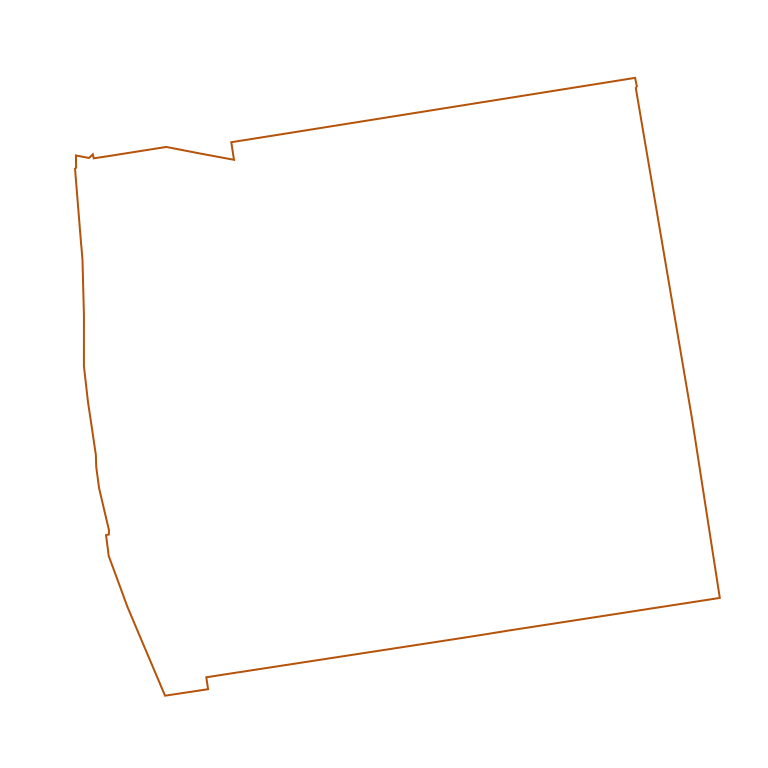 outline of Palm Beach, Florida, United States of America, rotated 171°
{"feature_id": "52423323B70070544976743", "entity_name": "Palm Beach", "entity_type": "district", "adm_level": 2, "iso_a3": "USA", "parent_name": "United States of America", "parent_adm1": "Florida", "projection": "natural_earth1", "projection_center": [-80.218, 26.646], "detail": "fine", "context": "isolated", "style": "outline", "palette": "amber", "viewbox_px": 768, "rotation_deg": 171, "n_neighbors": 0, "source": "geoboundaries", "source_scale": "gbopen_adm2", "svg_char_len": 736}
<svg xmlns="http://www.w3.org/2000/svg" viewBox="0 0 768 768"><g transform="rotate(171 384 384)"><path d="M88.1,647.1L496.7,646.7L497.0,646.7L497.1,628.9L530.1,640.6L562.0,652.2L585.7,652.2L585.8,652.2L586.0,652.2L620.8,652.2L635.4,652.3L635.7,656.4L640.0,653.4L652.5,657.9L654.3,645.8L655.5,644.9L661.3,569.1L661.4,567.0L661.6,564.2L662.4,553.7L669.6,499.0L677.6,448.6L679.2,412.3L679.2,409.7L679.4,385.4L679.7,358.9L681.2,347.1L681.7,325.6L678.5,282.5L679.3,278.4L682.2,278.2L682.4,269.5L682.8,257.2L679.8,242.2L672.3,204.2L665.1,175.0L649.0,110.4L605.5,110.1L605.4,122.1L587.8,122.1L587.3,122.1L334.1,120.9L299.2,121.0L85.8,120.2L85.2,301.6L89.0,636.8L87.7,638.4L88.1,647.1Z" fill="none" stroke="#b45309" stroke-width="2"/></g></svg>